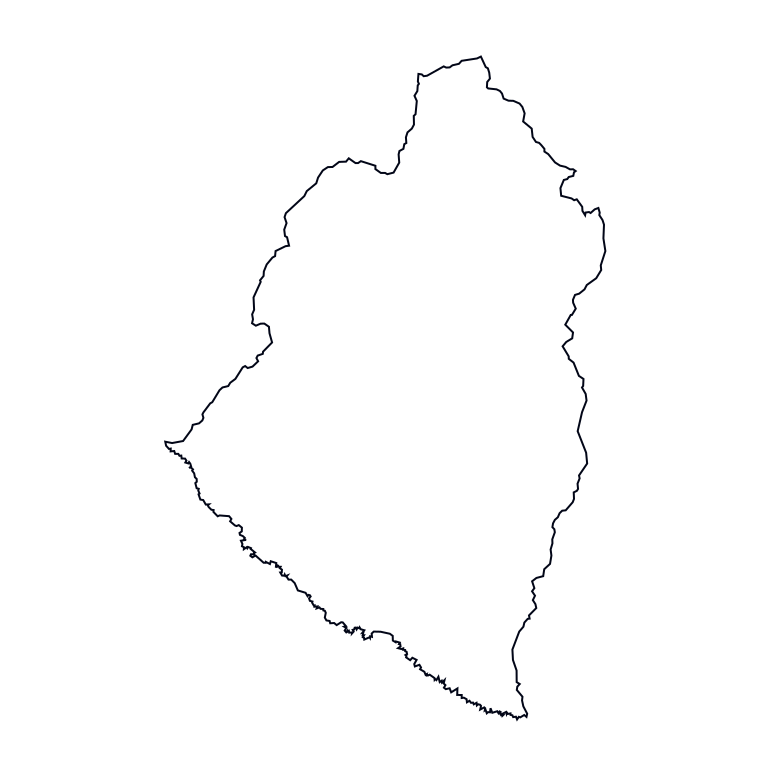 Sao Joao Baptista, Ribeira Grande de Santiago, Cabo Verde (Mercator projection), rotated 2°
{"feature_id": "66160863B53173453259277", "entity_name": "Sao Joao Baptista", "entity_type": "district", "adm_level": 2, "iso_a3": "CPV", "parent_name": "Cabo Verde", "parent_adm1": "Ribeira Grande de Santiago", "projection": "mercator", "projection_center": [-23.659, 14.991], "detail": "fine", "context": "isolated", "style": "outline", "palette": "ink", "viewbox_px": 768, "rotation_deg": 2, "n_neighbors": 0, "source": "geoboundaries", "source_scale": "gbopen_adm2", "svg_char_len": 6133}
<svg xmlns="http://www.w3.org/2000/svg" viewBox="0 0 768 768"><g transform="rotate(2 384 384)"><path d="M167.4,449.3L168.4,453.3L171.4,456.4L173.1,456.0L173.1,458.8L176.7,458.3L177.7,461.1L180.9,461.0L182.1,462.9L183.9,462.6L184.4,465.5L187.8,465.5L189.2,467.5L188.2,469.4L191.2,470.2L191.9,468.8L193.2,470.4L194.2,473.4L192.7,474.2L192.3,474.8L193.6,474.0L196.1,476.0L195.3,477.3L197.4,479.9L198.3,483.8L200.1,485.4L200.3,488.2L198.9,489.6L200.4,494.7L202.5,495.2L202.1,497.0L203.5,499.9L202.5,500.7L204.5,505.9L207.4,506.3L210.1,510.7L213.2,510.4L212.1,511.4L213.1,513.1L215.9,515.7L218.1,515.9L218.0,517.8L222.4,522.0L224.3,521.1L233.8,521.5L236.2,524.2L235.0,526.6L240.0,530.6L241.6,531.1L243.8,530.1L247.0,532.5L247.0,536.3L244.8,537.9L245.3,539.8L248.2,540.9L250.2,542.6L249.5,544.0L251.6,544.6L246.5,545.6L248.1,548.8L247.7,551.1L249.7,552.0L249.7,554.0L252.5,551.9L253.1,552.9L253.8,551.6L256.8,552.7L256.5,553.5L261.0,556.9L259.9,557.5L260.1,558.7L257.0,558.8L256.4,560.3L258.5,561.8L261.6,559.9L269.9,566.8L272.0,566.8L272.1,565.9L276.3,567.9L277.0,565.1L282.6,566.7L282.3,571.3L283.5,568.8L284.4,569.2L284.1,570.3L287.0,570.3L286.3,571.7L288.5,573.1L288.4,575.8L286.9,576.0L288.8,579.0L291.0,579.1L291.4,577.9L292.2,579.5L294.1,578.7L293.3,579.8L295.4,582.8L298.1,582.7L301.7,586.1L305.1,593.3L312.9,595.4L315.0,598.7L315.9,597.4L317.3,597.7L318.1,598.9L316.6,600.9L317.5,603.3L320.1,603.9L319.8,605.1L321.6,607.9L322.4,607.7L322.3,609.0L325.3,608.6L324.6,610.6L327.3,609.5L328.4,610.9L331.2,611.0L331.3,612.4L332.8,612.7L333.8,614.7L333.0,619.5L334.7,622.3L337.9,622.7L338.6,625.0L342.5,624.6L345.1,626.6L349.5,623.6L351.1,623.7L354.4,627.3L352.6,627.9L354.9,629.1L353.3,631.8L354.8,633.4L356.0,631.8L356.2,632.8L357.5,631.9L357.9,633.7L360.9,633.4L360.8,634.3L362.3,632.5L361.3,630.8L362.7,630.4L363.2,628.6L364.3,628.4L365.2,630.2L366.1,628.4L367.8,629.0L368.1,628.1L369.3,629.9L372.9,630.8L371.2,633.2L372.1,632.9L371.4,635.9L372.8,635.8L371.7,637.8L372.9,638.3L373.2,640.1L378.4,637.6L378.9,638.3L379.0,636.6L380.8,637.1L380.4,633.8L382.4,631.8L389.2,631.7L398.6,633.4L401.5,635.4L401.8,640.1L404.7,641.7L404.9,640.9L408.8,641.9L408.1,643.4L409.3,643.5L409.7,645.7L407.3,647.5L410.6,648.3L412.4,647.6L412.3,648.9L414.4,649.1L414.5,650.3L415.9,650.8L416.5,653.1L414.9,654.1L416.0,655.0L415.6,656.4L419.8,659.1L421.9,656.6L426.2,658.6L424.0,662.8L424.7,665.2L429.2,663.4L430.9,666.0L430.0,667.8L434.4,670.2L435.6,672.9L436.7,672.4L436.0,674.5L437.3,672.9L438.1,673.8L439.8,672.9L444.7,676.1L444.9,677.7L445.4,677.0L446.7,678.1L448.6,674.7L450.1,680.0L452.0,678.5L452.4,680.3L454.8,677.8L454.1,681.2L455.9,682.8L454.5,685.4L456.4,686.8L460.2,685.8L461.9,689.8L468.0,685.7L468.0,692.2L472.5,692.1L472.6,695.1L474.7,694.7L477.5,696.1L478.0,699.2L480.5,697.6L482.1,699.6L484.1,699.3L484.9,701.0L487.6,699.4L488.0,702.0L489.3,700.8L491.2,701.2L492.2,702.3L491.5,706.0L495.5,703.7L496.4,704.5L496.1,706.7L496.9,706.1L498.2,709.5L499.4,708.3L501.4,708.4L501.8,704.3L503.7,708.8L508.6,707.1L509.9,709.0L510.9,707.2L512.0,707.7L511.7,709.8L512.6,710.9L513.8,709.8L514.0,711.4L515.2,710.2L514.2,709.3L517.4,707.5L518.0,709.4L518.4,708.2L519.4,709.4L521.9,708.8L522.0,710.3L523.9,710.6L524.7,712.4L527.5,711.9L528.7,714.6L530.4,711.9L531.8,712.4L535.7,709.9L538.0,711.7L538.6,708.5L534.5,701.3L533.0,695.4L533.3,691.7L527.4,685.1L527.8,681.8L530.1,679.1L527.0,677.3L526.5,665.7L522.5,655.3L521.6,644.9L527.8,626.7L531.8,621.7L532.6,617.5L535.8,613.7L537.7,613.4L537.0,610.2L544.0,602.6L543.0,598.7L540.3,594.8L542.3,590.3L539.2,586.0L541.4,582.8L538.9,576.0L543.1,572.5L549.8,570.5L550.6,563.5L556.2,558.0L557.3,549.6L556.3,543.6L557.9,537.4L557.6,533.4L559.9,526.2L559.3,523.2L557.3,521.2L557.8,517.4L559.5,513.8L562.4,511.1L564.0,507.0L566.5,504.4L570.0,503.9L576.7,495.6L577.9,492.2L577.4,485.7L580.5,484.0L581.6,482.1L580.9,476.9L582.8,471.5L582.1,468.6L589.8,456.4L588.4,445.6L579.2,424.4L582.9,405.3L587.0,393.5L585.9,386.9L582.0,380.6L583.1,379.0L583.2,372.0L578.5,369.1L572.7,356.0L567.8,352.4L567.6,349.9L561.2,340.1L564.7,335.6L570.5,331.8L571.1,325.9L563.1,318.4L568.2,308.5L569.4,308.4L573.0,302.0L570.2,296.2L569.9,293.3L571.8,288.3L575.9,286.9L581.1,282.4L583.2,278.0L592.4,270.9L597.1,262.5L596.5,257.9L600.6,243.4L598.2,230.8L598.3,217.1L596.7,212.6L593.3,207.7L593.6,205.2L592.1,200.6L588.5,202.1L584.5,205.9L582.9,205.0L579.5,205.6L579.1,208.3L576.3,204.1L575.9,200.0L570.2,192.7L567.6,193.7L565.0,192.0L554.5,189.7L553.5,182.1L556.6,173.8L560.0,172.8L561.4,170.7L565.9,169.4L566.5,165.8L568.1,164.5L565.5,162.8L562.4,163.0L557.9,160.7L552.3,159.6L547.2,156.6L540.1,148.5L536.2,146.1L536.1,143.4L532.7,139.6L530.6,137.6L527.4,136.8L523.9,131.9L522.7,123.6L513.9,116.8L515.1,108.6L512.6,102.3L509.7,99.0L503.4,96.5L498.5,96.5L493.6,94.6L491.8,89.6L489.6,87.1L486.2,85.6L477.8,85.0L476.5,83.9L476.6,78.6L479.2,75.1L478.3,69.2L476.8,64.9L474.6,63.7L469.4,53.4L465.6,55.4L450.3,58.3L447.7,61.4L441.3,63.1L438.6,65.3L435.1,65.6L432.6,64.5L416.3,74.4L412.9,75.0L411.0,73.3L407.6,72.9L407.3,80.5L408.4,82.8L407.3,84.4L407.1,90.1L404.4,94.9L406.9,100.0L406.1,113.3L404.4,115.0L404.9,123.7L402.9,127.8L398.7,131.7L397.3,136.7L397.9,142.4L395.9,143.6L395.2,148.3L391.3,150.6L390.6,154.0L391.5,162.2L386.2,172.4L380.0,174.2L377.7,173.0L373.5,173.2L367.9,169.5L367.8,166.2L353.1,162.1L350.4,164.1L347.8,164.2L340.9,159.7L338.3,163.1L331.4,163.6L325.0,168.9L320.3,169.2L315.4,172.7L310.9,180.0L309.3,185.8L300.1,193.9L297.8,199.0L280.0,216.7L278.8,220.7L281.0,226.6L278.9,233.2L279.9,239.6L282.0,240.7L284.3,249.1L280.8,249.7L271.0,254.9L270.7,260.0L268.1,261.5L262.6,268.6L260.0,275.7L259.9,280.2L256.5,284.7L257.2,286.2L250.6,302.0L251.6,314.4L249.8,319.0L250.8,323.9L250.0,327.9L253.9,330.2L258.6,328.0L262.3,327.8L267.0,330.8L267.8,337.3L270.7,346.4L262.0,355.9L261.8,358.1L256.8,360.0L255.6,362.5L257.4,365.7L252.0,371.2L247.2,372.8L244.6,370.9L242.2,372.3L235.3,384.1L230.3,388.1L228.4,391.5L222.7,393.1L219.8,396.0L213.0,408.2L211.0,409.4L204.5,418.7L203.6,420.7L204.7,424.1L203.7,426.8L200.5,429.8L194.3,431.5L193.3,436.1L185.2,448.0L174.3,450.4L167.4,449.3Z" fill="none" stroke="#020617" stroke-width="2"/></g></svg>